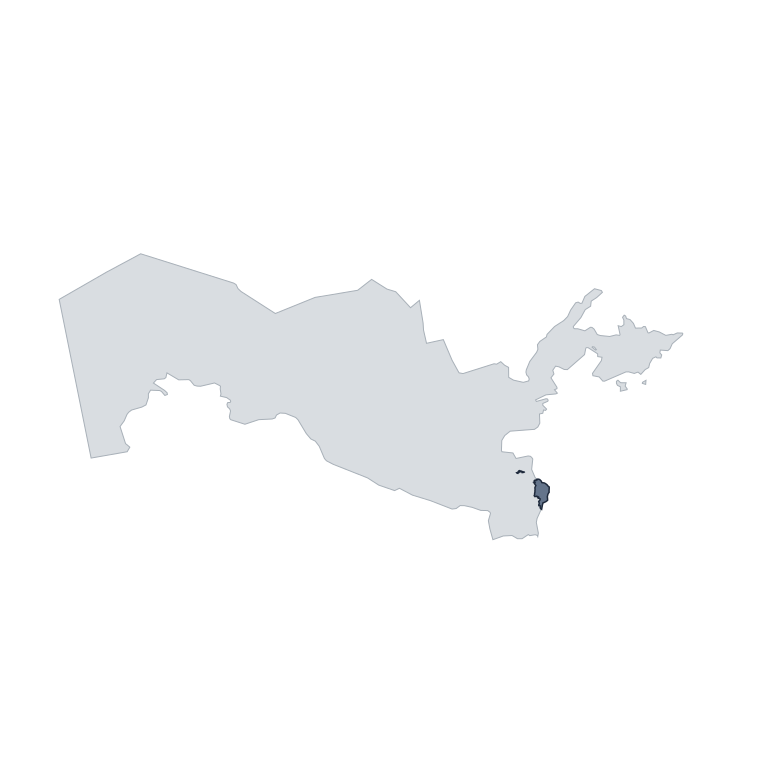 location of Uzun, Surkhandarya, Uzbekistan, rotated 346°
{"feature_id": "79887680B11166150999612", "entity_name": "Uzun", "entity_type": "district", "adm_level": 2, "iso_a3": "UZB", "parent_name": "Uzbekistan", "parent_adm1": "Surkhandarya", "projection": "natural_earth1", "projection_center": [68.025, 38.226], "detail": "fine", "context": "in_parent", "style": "filled", "palette": "slate", "viewbox_px": 768, "rotation_deg": 346, "n_neighbors": 0, "source": "geoboundaries", "source_scale": "gbopen_adm2", "svg_char_len": 5191}
<svg xmlns="http://www.w3.org/2000/svg" viewBox="0 0 768 768"><g transform="rotate(346 384 384)"><path d="M600.1,347.6L611.3,342.5L617.5,345.9L618.1,347.9L611.2,351.6L605.1,353.7L603.3,358.5L597.3,360.5L591.1,367.2L581.6,374.0L581.4,375.4L582.3,376.5L585.4,377.3L591.8,381.0L598.0,378.9L599.5,379.4L601.1,381.5L602.9,387.6L605.6,389.3L614.5,392.5L621.1,392.5L624.4,393.8L625.0,393.2L625.3,384.1L628.1,385.7L631.1,384.5L632.2,380.0L631.6,377.0L633.7,375.3L634.9,376.5L635.1,379.2L638.3,381.0L640.7,385.5L641.5,390.6L647.6,392.0L649.8,391.0L651.5,391.6L652.5,398.1L653.4,398.6L658.7,397.3L663.7,400.1L669.2,405.0L675.3,405.4L676.5,406.2L680.9,405.4L685.9,406.8L686.1,407.6L685.3,408.7L673.4,414.7L670.1,418.9L667.5,420.3L660.3,417.9L659.2,420.5L660.5,423.0L658.9,425.7L655.2,424.7L654.4,423.4L650.9,424.1L646.7,428.4L644.8,432.1L640.9,433.2L635.5,436.8L633.3,433.9L629.4,434.3L624.3,431.4L621.7,430.8L598.7,434.6L597.0,434.1L594.5,429.2L588.7,426.5L588.9,424.1L600.6,413.9L602.0,410.8L598.0,409.1L598.6,406.4L590.9,398.2L589.5,397.7L588.5,398.0L585.7,404.0L565.4,414.4L562.4,413.5L557.8,409.6L554.8,408.2L551.1,411.5L551.3,415.4L547.5,418.4L551.0,429.0L550.7,430.4L548.0,430.8L550.0,434.8L548.4,435.2L538.6,433.7L527.2,436.1L527.6,437.8L537.7,437.5L539.1,438.2L539.3,439.6L538.7,440.4L533.4,441.3L532.9,443.0L535.7,447.7L534.4,448.7L532.5,447.8L531.0,450.8L527.6,450.7L525.7,459.7L522.9,462.9L519.1,464.4L495.0,460.3L488.7,463.2L484.6,467.3L481.8,477.2L482.1,478.3L492.4,482.1L494.1,488.2L506.5,488.7L508.6,489.6L509.6,491.1L510.2,492.8L506.6,502.6L508.0,511.3L510.1,515.3L517.4,523.0L517.1,527.2L515.4,530.9L513.4,534.2L511.1,535.6L508.0,539.7L505.3,544.8L500.0,551.5L498.3,555.2L497.7,566.0L496.3,569.2L496.1,568.0L494.2,566.8L488.7,566.4L487.6,565.0L480.6,567.5L476.1,566.4L471.6,562.0L463.0,560.3L452.0,561.4L451.7,550.2L452.2,541.9L456.0,535.4L455.9,534.2L454.0,531.9L447.4,530.1L439.7,525.0L432.6,521.5L428.5,520.4L423.9,522.3L419.8,521.8L400.8,508.4L384.7,498.7L373.7,488.9L368.5,490.0L354.4,480.8L345.4,471.2L315.5,449.8L309.6,444.6L308.2,441.9L306.1,428.8L303.5,422.8L299.7,419.6L296.6,413.3L291.9,397.9L290.2,395.1L281.2,388.6L276.1,387.0L272.2,388.1L270.1,390.6L267.0,390.9L253.9,388.3L239.3,389.4L226.7,381.6L226.0,380.4L226.1,378.2L228.6,373.0L228.2,370.7L226.6,368.3L226.7,365.7L227.9,364.2L230.2,364.7L231.1,363.7L230.9,362.4L228.0,359.1L222.3,356.2L223.4,354.2L223.9,349.2L224.8,346.6L224.1,345.7L219.8,342.0L205.5,341.8L202.1,340.8L199.5,339.3L196.9,333.8L195.6,332.5L185.8,330.3L176.1,320.7L173.9,325.0L172.0,325.8L164.4,324.7L160.5,327.3L169.5,337.1L171.4,340.0L171.3,341.8L168.6,342.1L166.3,337.4L164.8,336.1L156.0,333.5L153.0,336.5L152.1,340.3L148.0,346.7L143.5,347.8L132.8,348.2L129.5,349.6L127.3,351.3L123.0,356.9L117.6,361.4L118.8,379.3L122.1,383.8L118.4,387.6L81.9,385.0L89.3,223.3L141.9,208.3L179.4,198.8L262.5,249.7L264.5,251.7L265.4,256.1L267.6,259.6L295.6,289.3L338.1,283.3L381.1,286.7L397.3,279.5L409.8,292.6L417.7,297.3L428.2,316.4L438.6,311.4L436.7,334.2L435.4,341.2L435.1,354.8L452.3,355.3L455.8,377.4L459.5,391.3L463.2,393.0L495.6,391.0L498.1,392.0L502.7,390.6L505.6,395.0L508.9,398.0L506.6,407.7L510.6,411.6L519.6,416.1L525.1,416.0L526.1,414.3L525.9,412.0L524.6,409.7L524.6,406.8L525.5,404.7L530.9,397.4L539.7,390.2L541.7,387.6L542.4,383.0L545.5,380.4L553.0,377.6L554.2,375.3L563.4,369.5L573.8,365.9L578.5,363.0L583.0,357.4L589.6,351.6L592.2,351.5L594.0,353.3L595.6,353.5L600.1,347.6ZM598.4,402.1L597.2,399.2L595.5,398.2L594.8,398.6L597.4,402.2L598.4,402.1ZM618.5,448.3L611.6,448.2L612.7,443.9L610.2,441.8L609.7,439.6L610.2,437.6L611.9,436.9L613.9,440.0L619.2,441.4L617.5,444.4L618.8,447.7L618.5,448.3ZM639.1,443.8L637.8,447.7L634.8,445.9L635.2,444.9L639.1,443.8Z" fill="#d9dde1" stroke="#a8b0b8" stroke-width="1"/><path d="M505.8,516.9L506.8,519.1L506.1,520.1L505.3,521.2L505.1,522.8L504.7,523.8L504.3,525.4L503.7,526.5L503.4,527.7L502.7,528.7L503.2,529.8L504.7,529.7L505.6,530.2L505.5,530.8L506.5,530.9L506.7,531.2L506.0,531.8L506.0,532.2L506.7,532.3L507.7,533.2L507.4,534.2L505.7,535.4L505.8,537.6L505.1,538.3L504.8,539.4L505.8,539.6L506.1,540.1L505.7,541.1L505.7,542.6L506.4,543.6L506.6,543.8L508.5,539.6L508.9,538.9L509.5,537.8L510.6,537.7L512.6,537.3L513.6,536.9L514.6,536.4L514.7,536.2L514.8,535.7L514.8,535.1L515.1,534.3L515.1,533.1L516.3,530.7L517.2,529.7L517.8,529.2L518.1,528.9L518.2,527.9L519.0,525.4L519.3,524.3L519.3,523.7L518.4,522.6L517.9,521.6L517.9,521.3L517.1,520.3L516.3,519.4L515.6,518.8L514.4,518.3L513.4,517.9L513.2,517.8L513.2,517.3L513.2,516.7L513.0,516.1L512.4,515.1L511.9,514.3L510.6,513.6L510.3,513.6L509.6,513.9L509.1,514.1L508.8,514.1L509.0,513.5L508.5,513.6L507.9,514.4L506.8,513.9L506.3,514.3L506.3,514.9L506.5,515.5L505.6,515.6L506.0,516.1L506.5,516.5L505.8,516.9ZM494.1,500.9L493.6,501.0L493.3,501.7L492.6,501.8L492.3,502.2L491.3,502.2L491.6,502.8L492.3,503.1L492.7,502.6L493.3,502.6L493.6,502.1L494.4,501.9L494.5,502.2L494.8,502.2L495.0,501.8L496.3,502.4L496.6,503.4L497.1,503.3L497.1,503.1L497.3,503.1L497.6,503.5L498.0,503.5L498.1,503.3L498.5,503.5L498.7,503.4L498.5,503.1L498.0,503.1L497.1,502.5L496.1,501.7L495.3,501.5L494.9,501.0L494.5,501.3L494.1,500.9Z" fill="#64748b" stroke="#1e293b" stroke-width="1.5"/></g></svg>